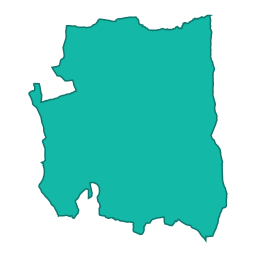 the district of Nzega, Tabora, United Republic of Tanzania
{"feature_id": "72390352B4567455644907", "entity_name": "Nzega", "entity_type": "district", "adm_level": 2, "iso_a3": "TZA", "parent_name": "United Republic of Tanzania", "parent_adm1": "Tabora", "projection": "mercator", "projection_center": [33.009, -4.4], "detail": "fine", "context": "isolated", "style": "filled", "palette": "teal", "viewbox_px": 256, "rotation_deg": 0, "n_neighbors": 0, "source": "geoboundaries", "source_scale": "gbopen_adm2", "svg_char_len": 5645}
<svg xmlns="http://www.w3.org/2000/svg" viewBox="0 0 256 256"><path d="M39.1,83.7L34.0,83.6L33.9,85.3L34.8,86.8L34.7,89.9L34.3,90.5L32.0,91.0L31.0,91.5L30.3,92.2L29.4,92.5L29.0,94.1L30.7,97.1L31.6,99.4L32.3,101.2L32.8,104.1L33.2,104.8L35.9,107.0L37.0,108.2L41.0,117.0L41.9,122.2L43.6,126.9L43.9,131.2L45.0,135.1L46.0,137.1L45.6,138.1L44.8,138.9L43.4,139.8L42.5,141.2L44.5,147.1L45.1,147.8L45.0,156.1L45.3,160.1L44.1,161.5L41.6,162.5L43.5,164.0L43.1,165.0L44.0,167.9L44.4,170.4L44.2,174.7L42.9,179.3L41.1,182.4L39.3,184.7L39.0,186.8L40.6,189.1L41.8,192.1L44.4,194.8L45.1,196.1L47.2,198.1L50.2,201.7L51.0,203.6L52.3,205.3L54.0,206.4L55.9,210.2L57.0,212.0L57.5,213.9L58.5,215.3L58.5,216.0L59.0,215.7L61.1,215.8L64.5,215.6L65.6,215.3L66.9,215.3L70.0,216.5L70.7,215.9L71.9,215.7L72.3,217.5L73.8,218.3L74.2,218.1L76.6,214.5L77.6,213.8L78.0,213.0L78.6,210.9L78.5,209.6L77.2,207.4L77.2,206.6L75.2,201.2L76.1,199.9L77.9,198.4L80.1,194.1L84.7,189.6L86.2,188.9L88.5,189.4L88.5,198.3L91.4,196.6L91.9,195.4L92.0,192.3L91.4,191.0L91.3,189.7L90.5,186.3L89.9,182.7L93.2,182.5L94.5,182.9L97.3,184.3L99.0,187.0L99.4,187.7L99.3,189.5L99.6,191.2L99.1,194.2L98.5,195.4L97.6,196.2L97.3,197.7L97.9,201.0L98.2,201.8L99.6,203.4L100.0,206.2L100.4,206.7L99.5,207.8L99.1,209.0L99.3,209.7L99.3,213.9L99.4,214.6L99.7,215.1L100.7,215.2L102.5,215.8L104.5,215.8L105.1,216.1L105.4,216.9L105.9,217.3L107.5,217.8L108.2,218.3L109.9,218.0L110.9,217.6L112.8,217.8L112.9,218.2L113.7,218.1L114.7,218.6L115.1,219.2L114.7,219.5L115.7,220.0L117.3,219.5L118.0,219.5L118.8,219.9L120.3,221.0L121.6,220.9L127.4,222.1L129.1,221.9L132.1,222.2L133.4,222.7L133.6,223.1L133.2,224.9L133.5,226.7L133.2,230.4L133.5,231.3L134.7,232.1L136.1,232.5L139.5,234.2L140.3,234.2L140.7,234.4L142.2,234.0L143.5,232.0L144.0,230.0L144.1,228.7L143.7,227.0L144.1,227.0L146.1,223.1L149.8,223.0L151.8,219.8L153.5,219.1L157.6,217.8L159.9,217.7L163.6,217.0L164.1,217.3L164.4,222.1L165.0,223.9L165.3,224.0L166.2,224.0L169.8,225.3L172.0,225.6L172.9,224.7L175.5,221.0L176.2,221.5L176.6,221.5L178.4,219.3L179.1,220.0L180.7,220.9L181.5,221.8L186.3,224.6L190.7,225.6L191.6,227.2L192.2,227.8L195.4,229.0L197.8,230.4L199.6,232.5L200.8,234.6L201.8,235.9L202.6,236.9L203.6,237.5L205.8,240.6L205.9,237.7L206.1,236.5L207.6,236.6L212.7,236.0L214.1,232.3L216.1,228.2L216.8,225.6L217.9,222.8L218.5,218.2L219.4,216.6L219.8,214.3L221.2,211.5L222.5,207.9L223.8,207.9L224.7,207.4L225.6,207.1L226.4,205.7L226.3,199.9L226.6,197.5L226.6,194.2L227.0,193.7L226.5,193.0L225.2,188.0L224.0,185.9L222.6,180.6L222.1,167.3L222.1,165.4L222.3,165.3L222.0,164.1L222.5,162.2L222.4,161.2L222.0,160.4L220.6,154.5L220.7,153.6L220.2,150.8L220.2,150.1L219.9,149.2L218.1,146.5L215.7,144.0L215.0,142.9L214.5,141.0L213.9,139.9L212.5,138.9L212.1,138.4L211.0,135.3L211.0,134.9L211.5,134.3L215.5,124.4L216.9,119.9L216.6,117.9L216.9,117.0L216.9,116.3L216.6,114.9L214.9,111.2L215.0,110.4L214.7,109.8L214.7,106.7L215.3,104.6L215.2,103.7L212.8,95.0L212.8,93.4L213.1,92.0L212.9,90.7L212.9,87.2L213.2,85.0L213.2,81.9L213.0,80.9L213.1,78.3L212.8,76.3L213.1,75.3L213.0,73.7L213.1,72.6L214.5,69.2L212.8,64.0L212.6,62.3L211.2,59.7L210.5,56.3L210.8,54.8L210.6,53.0L210.8,49.6L210.5,47.4L210.9,44.4L210.6,42.1L210.8,42.1L210.7,40.0L211.2,37.2L211.2,34.9L211.6,33.8L211.7,31.7L210.6,29.4L210.3,27.8L210.6,26.1L210.2,24.1L210.6,20.5L210.3,18.2L209.8,16.5L210.0,15.7L210.4,15.5L209.2,15.4L208.2,15.6L207.3,15.5L206.9,15.6L206.4,16.3L205.1,16.8L204.5,17.5L203.6,17.7L202.9,17.3L202.4,17.2L202.1,16.9L201.5,17.0L201.3,17.6L200.6,17.5L199.8,18.0L199.2,18.1L198.8,18.8L198.4,18.8L197.8,18.5L197.5,18.9L197.0,18.6L196.1,19.1L195.4,18.4L195.0,18.4L195.1,18.7L194.7,19.1L194.3,19.0L194.0,19.3L193.8,19.1L193.1,19.3L193.0,19.6L193.2,20.2L192.3,20.7L191.3,21.0L190.2,21.8L189.9,21.8L189.6,21.9L189.7,22.3L188.8,23.0L187.9,23.4L187.1,23.4L185.2,22.7L184.6,22.8L184.4,23.5L183.7,23.1L183.3,23.3L182.9,24.2L183.2,24.8L182.9,25.4L182.3,25.7L182.0,26.5L182.3,27.0L182.1,27.1L182.0,28.1L181.6,28.5L181.0,28.1L180.7,28.4L180.2,28.1L179.5,28.5L179.0,28.1L178.7,28.3L178.1,27.1L177.2,27.1L177.1,26.6L176.8,26.7L176.1,27.0L175.0,28.4L174.5,28.7L173.6,28.6L173.3,29.1L171.7,29.4L171.2,29.8L170.5,29.5L169.8,29.7L169.4,29.5L168.1,29.7L168.0,29.3L167.2,29.0L166.9,29.0L166.3,29.5L164.9,29.6L163.2,28.7L162.6,28.6L160.5,29.3L160.0,29.6L158.3,29.8L157.7,30.2L157.0,29.9L156.5,30.3L155.8,30.4L153.1,30.1L152.6,30.6L152.3,30.5L151.4,30.2L148.8,30.0L148.4,29.8L147.2,28.4L145.9,28.0L145.1,27.0L144.7,27.2L143.6,26.3L143.0,26.3L142.4,25.7L142.3,25.9L142.2,25.7L142.4,25.2L142.0,25.3L141.0,24.7L140.1,24.5L139.9,24.2L139.3,24.1L138.7,22.2L138.8,21.7L138.6,20.6L138.1,19.4L137.1,18.7L135.9,17.1L133.3,17.3L132.6,17.2L128.6,17.3L127.2,17.7L125.6,17.7L122.1,18.6L118.1,18.9L116.0,20.1L115.5,21.5L112.1,21.3L109.3,20.5L106.6,20.2L105.0,19.8L101.1,19.3L99.2,19.3L98.0,20.3L97.9,21.5L97.1,22.0L96.1,23.7L94.1,24.8L93.5,24.7L91.0,27.0L88.7,27.3L86.5,27.6L83.7,27.1L82.0,27.3L78.8,27.3L77.6,27.2L75.3,26.0L72.4,26.1L69.1,25.7L66.6,25.8L66.2,29.8L65.8,31.0L66.2,35.2L66.0,38.3L63.1,47.5L64.2,54.2L64.2,55.9L63.9,57.6L60.8,60.0L60.5,61.0L59.7,64.8L59.1,65.7L56.7,66.6L52.0,67.3L54.1,71.0L56.1,73.8L57.1,75.7L57.7,75.6L59.3,76.1L59.9,75.9L60.3,76.1L61.7,77.2L65.2,80.9L68.5,80.7L72.6,80.1L73.5,82.5L73.8,84.9L75.9,89.4L76.3,91.2L75.0,91.3L74.2,91.6L72.2,93.0L71.3,92.9L70.8,93.6L70.4,93.8L66.9,94.2L65.1,95.1L62.6,95.5L59.4,96.6L57.8,98.0L55.0,98.5L53.1,99.4L50.4,99.5L49.7,99.9L49.2,99.9L48.0,100.2L47.5,100.7L46.1,100.6L45.2,100.9L44.7,101.6L43.9,101.4L43.4,101.8L42.3,101.9L41.2,102.4L40.8,102.2L40.8,101.5L41.4,100.0L41.7,94.7L40.9,92.8L40.0,87.0L39.1,83.7Z" fill="#14b8a6" stroke="#0f766e" stroke-width="1.5"/></svg>